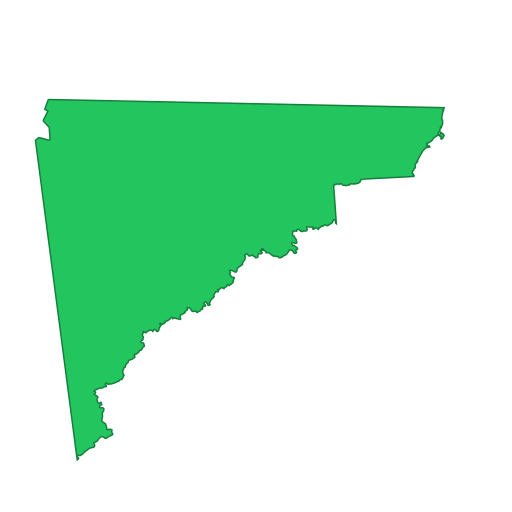 the border of Yukon, rotated 83°
{"feature_id": "CAN-636", "entity_name": "Yukon", "entity_type": "Territory", "adm_level": 1, "iso_a3": "CAN", "parent_name": "Canada", "parent_adm1": "", "projection": "albers", "projection_center": [-131.937, 64.827], "detail": "fine", "context": "isolated", "style": "filled", "palette": "green", "viewbox_px": 512, "rotation_deg": 83, "n_neighbors": 0, "source": "natural_earth", "source_scale": "10m", "svg_char_len": 6092}
<svg xmlns="http://www.w3.org/2000/svg" viewBox="0 0 512 512"><g transform="rotate(83 256 256)"><path d="M84.6,447.8L75.8,443.3L75.5,442.9L75.5,442.1L131.7,51.2L133.2,51.9L133.0,52.1L133.5,52.5L134.0,52.6L133.9,52.3L134.3,52.1L136.8,53.4L140.2,54.5L142.8,54.9L144.0,54.3L147.4,54.6L151.9,56.9L149.4,55.7L150.4,57.0L155.2,58.8L156.0,60.1L158.2,60.5L160.0,64.6L163.1,67.6L164.7,71.0L165.0,72.7L165.7,72.2L166.5,72.3L166.5,72.6L166.2,72.6L167.3,73.3L167.4,72.8L167.8,72.5L168.3,70.7L167.5,71.2L167.9,70.5L168.5,70.3L169.0,70.5L169.1,71.3L169.1,73.2L169.3,73.7L170.4,75.8L172.2,77.8L180.4,83.8L181.8,84.0L182.4,84.6L181.7,84.5L181.6,84.8L183.5,85.8L184.6,87.0L187.1,87.0L188.1,87.4L188.5,88.3L189.3,88.6L191.6,90.6L192.9,90.8L193.9,89.9L195.0,90.2L194.9,89.6L195.5,89.3L196.3,89.6L192.8,139.6L193.0,140.9L192.9,142.5L195.2,143.7L195.6,144.2L196.3,146.1L196.4,148.5L196.7,149.2L196.4,149.7L196.2,151.7L195.8,153.3L197.0,154.6L196.9,155.2L196.6,155.4L197.2,158.1L196.7,158.9L196.3,161.1L194.9,162.3L194.5,162.9L194.5,163.4L195.0,164.3L194.5,165.8L194.6,166.6L194.4,167.8L194.9,169.0L195.2,170.3L233.7,172.3L233.0,173.0L230.1,172.9L229.3,173.8L229.4,174.3L229.6,174.6L232.0,176.1L232.6,176.8L232.7,177.5L233.3,178.2L233.7,179.6L234.5,180.5L234.6,181.0L234.3,182.4L233.4,183.4L233.3,184.0L234.6,186.0L234.1,187.0L234.2,187.4L235.0,187.9L235.7,189.8L237.2,190.8L237.0,191.2L235.8,192.1L235.4,192.8L235.5,193.7L236.3,195.3L236.4,196.0L236.0,196.4L234.7,195.6L234.2,196.3L234.0,198.6L233.0,201.6L233.3,202.1L234.0,202.2L236.2,202.0L237.0,202.5L237.3,203.8L237.0,205.5L237.3,207.2L237.1,208.4L235.4,209.7L235.0,210.6L234.7,211.8L235.1,212.4L236.3,212.7L235.8,215.5L236.1,216.5L240.0,217.2L240.6,216.5L240.8,215.8L241.0,215.5L241.8,215.6L244.5,214.1L247.5,213.8L248.1,214.0L248.3,215.0L248.1,216.0L246.8,218.3L247.2,218.8L248.3,219.0L249.9,218.4L250.1,217.2L250.4,216.5L251.4,215.9L252.8,214.1L253.9,213.8L254.6,214.3L254.9,215.7L255.6,216.2L257.2,215.3L257.9,215.7L258.1,216.6L258.1,217.5L257.9,217.7L255.0,219.3L254.1,220.8L254.0,221.8L257.5,224.9L258.8,227.1L259.0,228.4L260.0,229.7L260.9,232.4L260.3,233.5L259.0,234.5L259.0,235.8L258.4,237.1L258.2,239.0L257.6,239.1L257.3,239.9L254.5,242.6L254.1,243.7L254.1,245.5L252.4,245.9L251.2,247.8L250.0,247.9L250.2,248.3L251.1,248.7L251.2,249.2L251.0,249.4L249.9,249.5L251.1,250.9L251.5,250.9L251.6,250.4L251.8,250.3L252.7,250.2L253.4,249.5L254.0,249.9L254.5,250.9L254.0,253.2L255.3,254.0L257.3,254.2L257.5,254.7L257.9,256.3L257.7,256.7L256.6,257.0L256.1,258.3L254.8,259.1L254.7,260.0L255.2,261.6L255.2,262.7L254.8,263.3L252.9,264.5L252.7,265.1L252.8,265.4L253.8,267.3L255.1,266.7L258.1,267.4L261.0,270.1L262.9,270.5L265.0,274.7L266.6,276.4L268.6,276.8L269.6,277.9L269.1,279.2L268.0,280.6L267.4,281.9L267.0,283.6L267.1,284.0L269.6,283.4L270.8,284.4L271.1,284.3L271.7,283.7L272.8,283.5L273.3,282.7L274.3,282.3L274.5,280.6L275.0,280.1L277.4,281.6L279.4,281.9L280.9,284.0L280.8,284.7L282.1,286.1L281.0,288.0L282.6,288.7L283.4,291.0L284.5,291.8L283.3,293.5L283.3,294.4L283.6,295.0L284.9,296.6L284.8,298.0L286.1,297.6L286.8,297.8L286.9,298.3L286.5,299.3L286.6,300.0L287.2,300.9L290.2,302.9L291.1,302.5L292.9,304.3L293.6,305.6L294.3,306.3L297.3,308.0L298.7,307.5L299.0,307.8L299.3,308.7L299.1,309.4L298.7,309.8L297.4,309.8L297.1,310.5L296.0,310.7L295.3,311.7L295.3,312.2L296.6,313.7L298.8,312.1L299.5,312.3L299.6,312.7L299.3,313.7L299.7,314.4L299.6,315.0L302.2,315.6L302.2,317.1L303.5,317.9L304.9,321.4L303.5,322.5L303.3,323.1L303.2,323.7L303.4,325.5L303.2,325.9L302.2,326.8L300.5,327.4L299.3,328.5L298.9,330.5L299.3,330.8L300.7,330.4L301.1,330.7L302.3,333.0L303.7,333.4L304.8,336.4L305.1,336.8L304.9,337.5L305.0,337.8L307.1,338.9L308.6,338.4L309.4,338.5L309.7,339.6L308.6,341.5L308.5,342.6L307.8,343.7L307.6,345.5L308.0,346.2L306.8,346.5L306.7,347.2L306.9,347.9L308.1,349.1L309.5,351.6L309.6,351.9L309.3,352.2L309.7,353.1L309.8,354.0L310.8,354.1L311.2,354.9L311.9,355.3L311.9,356.6L312.5,357.2L312.5,358.1L311.3,358.7L311.1,359.3L311.4,359.8L313.3,358.8L315.7,360.9L317.5,361.4L318.4,362.1L319.0,363.2L318.5,364.0L317.1,364.2L316.9,365.4L316.5,365.7L317.0,366.8L318.3,367.6L317.3,368.5L316.8,369.3L316.6,370.0L317.3,372.4L318.3,374.0L318.9,374.6L318.6,375.3L317.4,376.3L317.2,376.8L317.3,377.1L318.3,377.1L320.5,378.6L322.7,377.6L324.5,378.4L325.1,378.3L325.7,378.9L326.1,380.3L327.5,380.7L327.9,380.6L328.5,378.6L329.3,378.0L332.0,377.8L332.9,379.4L335.5,381.4L335.4,382.8L335.6,383.1L336.6,383.7L337.7,384.9L338.6,386.5L339.0,388.5L339.5,389.0L340.8,388.4L341.8,388.7L343.5,391.8L343.7,393.8L344.3,395.2L345.7,395.7L348.0,398.5L350.2,399.2L350.9,400.8L352.6,401.4L353.5,402.3L356.7,402.3L358.2,401.5L361.7,403.7L362.1,404.6L362.5,406.5L363.7,407.6L363.7,409.1L364.6,411.2L365.4,415.2L365.1,416.6L365.5,417.7L365.0,418.8L364.0,419.4L363.8,419.8L363.9,420.2L364.9,421.4L366.2,420.3L367.3,420.5L367.5,422.9L368.4,425.2L368.1,426.6L368.4,429.2L369.2,429.9L369.0,431.0L369.3,432.1L370.4,433.1L371.0,432.1L371.6,431.8L372.4,432.1L373.4,433.2L373.7,433.3L375.7,430.8L376.9,430.1L379.0,431.4L381.6,431.1L382.4,430.7L382.9,429.9L382.8,429.2L382.3,428.3L382.3,427.8L383.1,427.4L384.7,427.2L385.0,427.5L385.0,428.8L385.5,429.3L387.1,429.6L387.6,429.2L388.0,426.8L388.4,426.0L389.1,425.6L390.7,425.9L393.2,427.7L396.7,427.9L400.6,429.2L402.2,428.2L404.1,425.9L407.3,425.2L410.0,425.1L410.4,424.7L410.1,423.0L410.1,422.0L410.8,420.5L411.2,420.1L412.4,420.6L414.2,420.4L415.4,419.8L416.2,420.8L417.3,424.3L418.8,426.9L418.4,428.1L416.6,430.1L416.4,431.7L417.4,433.4L420.3,436.1L420.9,437.4L421.6,439.7L424.3,439.2L425.1,439.4L425.8,440.0L426.2,441.2L426.3,443.6L426.9,445.4L428.2,447.4L429.4,449.9L431.6,452.4L432.6,454.6L432.6,455.2L432.0,457.1L432.1,458.0L432.8,458.1L434.7,456.8L435.4,456.8L436.0,457.3L436.5,458.3L114.3,460.8L112.1,457.4L112.2,456.3L115.5,448.2L115.7,447.3L115.5,446.4L115.1,446.2L103.0,445.6L96.2,450.6L95.2,450.5L86.8,444.9L86.5,445.0L84.9,447.6L84.6,447.8ZM159.4,54.6L162.0,56.5L162.6,57.6L162.1,58.2L160.3,57.7L158.8,59.6L158.4,59.6L157.5,58.7L156.9,57.3L155.7,57.7L157.7,55.4L159.4,54.6Z" fill="#22c55e" stroke="#15803d" stroke-width="1.5"/></g></svg>